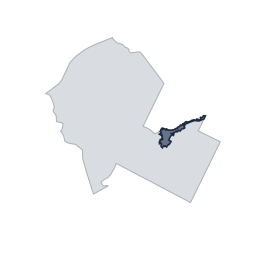 location of Las Cruces, Petén, Guatemala, rotated 116°
{"feature_id": "79465075B61221719902426", "entity_name": "Las Cruces", "entity_type": "district", "adm_level": 2, "iso_a3": "GTM", "parent_name": "Guatemala", "parent_adm1": "Petén", "projection": "natural_earth1", "projection_center": [-90.704, 16.86], "detail": "fine", "context": "in_parent", "style": "filled", "palette": "slate", "viewbox_px": 256, "rotation_deg": 116, "n_neighbors": 0, "source": "geoboundaries", "source_scale": "gbopen_adm2", "svg_char_len": 5398}
<svg xmlns="http://www.w3.org/2000/svg" viewBox="0 0 256 256"><g transform="rotate(116 128 128)"><path d="M53.5,181.7L54.5,180.6L55.3,178.0L56.3,175.4L55.7,172.3L55.3,169.8L56.5,166.2L56.4,163.5L56.9,161.8L58.6,160.7L59.5,158.7L54.7,151.5L54.7,149.9L55.4,147.9L59.3,140.3L63.9,131.2L69.1,121.2L72.2,115.2L83.4,115.2L90.8,115.2L100.3,115.2L110.5,115.2L117.3,115.2L120.0,115.1L119.6,111.2L119.9,106.9L121.2,103.0L121.2,101.2L119.1,99.1L115.3,97.9L113.1,96.0L113.1,93.6L112.1,90.8L110.3,87.4L106.3,83.9L100.4,80.4L95.4,75.7L91.2,69.7L87.7,65.9L85.0,64.3L84.3,63.5L92.3,63.6L99.8,63.6L99.8,55.1L99.9,47.5L99.9,39.0L113.5,39.0L129.8,39.0L146.6,39.1L159.8,39.1L167.6,39.1L167.3,49.7L166.9,61.9L166.6,70.9L166.2,83.0L165.9,95.3L165.3,112.1L165.0,122.9L165.2,123.1L169.6,122.6L176.1,123.1L177.7,123.1L179.7,124.0L181.3,124.3L184.6,126.7L188.5,128.6L191.0,124.8L189.7,122.6L188.7,121.5L188.9,120.5L202.5,130.1L200.9,131.6L197.4,135.0L191.2,140.9L185.6,146.2L180.2,151.0L175.3,155.3L174.7,155.7L168.6,158.7L167.5,160.2L166.2,166.2L165.6,167.7L166.7,171.1L167.9,176.3L167.5,179.0L163.3,182.4L161.3,185.4L160.4,187.4L159.7,186.9L158.3,186.7L155.3,187.5L153.8,187.6L152.6,188.5L152.5,190.4L153.3,193.4L153.6,195.0L152.7,195.7L149.0,197.5L147.5,199.3L146.1,202.2L144.4,203.3L142.7,203.1L141.5,203.5L138.9,205.6L134.9,209.7L132.8,212.7L132.8,215.0L133.2,217.0L118.9,209.8L114.1,208.6L94.0,208.8L85.4,205.9L75.6,200.5L69.0,195.6L53.5,181.7Z" fill="#d9dde1" stroke="#a8b0b8" stroke-width="1"/><path d="M86.7,63.7L83.1,63.7L83.3,64.4L83.4,64.7L83.5,65.1L83.8,65.4L84.2,65.7L84.4,65.7L85.1,65.7L85.5,65.7L85.7,65.8L86.0,66.2L86.3,66.3L86.6,66.9L86.6,67.1L86.5,67.5L86.8,67.7L87.0,67.6L87.2,66.9L87.3,66.7L87.5,66.7L88.0,66.8L88.3,66.8L88.9,66.9L89.2,66.8L89.3,66.9L89.4,67.1L89.7,67.3L89.8,67.5L89.7,67.9L89.5,68.2L89.4,68.5L89.5,69.5L89.6,69.9L89.7,70.1L90.1,70.2L90.9,70.2L91.1,70.5L91.4,71.1L91.6,71.9L91.6,72.3L91.8,72.4L91.9,72.6L92.3,73.0L92.9,73.9L93.6,74.4L93.9,74.5L94.3,74.3L94.6,74.4L94.8,74.4L95.0,74.6L95.0,74.9L95.0,75.4L95.0,75.5L95.5,75.9L95.7,76.0L95.8,76.2L96.0,76.7L96.1,76.8L96.5,77.0L96.8,77.5L97.1,77.9L97.1,78.1L96.8,78.3L96.8,78.6L97.1,78.9L97.3,79.0L98.0,79.2L99.3,79.7L99.6,79.9L99.7,80.0L99.8,80.2L99.9,80.5L100.0,80.6L100.2,80.4L100.2,80.2L100.0,79.4L100.0,79.2L100.2,78.9L100.5,78.9L100.8,79.0L101.0,79.1L101.1,79.3L101.2,79.5L101.1,79.9L100.7,80.1L100.5,80.3L100.5,80.5L101.2,80.5L101.8,80.7L102.0,80.8L102.0,81.0L102.0,81.4L102.0,81.5L102.2,81.9L102.3,82.3L102.5,82.4L103.3,82.3L103.8,82.2L104.1,82.3L104.7,82.8L104.8,83.4L105.0,83.5L105.5,83.5L106.6,83.4L106.8,83.4L106.9,83.5L106.9,83.8L106.8,84.0L106.8,84.3L107.7,84.8L108.1,84.9L108.4,85.0L108.5,85.1L108.5,85.4L108.7,85.6L109.7,86.3L110.1,86.5L110.3,86.9L110.3,87.2L110.3,87.5L111.2,88.2L111.5,89.4L111.6,89.6L111.9,90.0L112.2,90.3L112.2,90.5L112.0,90.9L112.1,91.2L112.2,91.6L112.3,92.0L112.3,92.3L112.2,92.5L111.9,92.5L111.8,92.9L111.9,93.0L112.1,93.1L112.4,93.1L112.6,93.0L112.7,92.9L112.8,92.8L112.8,92.5L112.7,92.3L112.8,92.3L113.0,92.5L113.3,93.1L112.9,93.4L112.7,93.6L112.6,93.8L112.6,94.3L112.5,94.5L112.7,94.8L112.7,95.0L112.6,95.7L112.7,95.8L112.9,95.9L113.1,95.8L113.5,95.6L113.9,95.7L114.0,95.8L114.1,96.2L114.1,96.4L114.1,96.6L113.9,96.8L113.7,96.9L113.4,97.0L113.2,96.9L113.1,97.0L113.0,97.3L113.2,97.5L113.4,97.5L113.5,97.5L113.7,97.4L113.8,97.1L114.0,97.0L114.5,96.9L114.5,97.0L114.5,97.3L114.5,97.6L114.7,97.8L114.9,97.8L115.1,97.7L115.5,97.6L115.7,97.4L116.4,97.3L116.7,97.2L116.9,97.1L117.1,97.2L117.3,97.4L117.4,97.2L117.3,96.5L117.4,96.2L117.7,95.8L118.0,95.8L118.0,95.6L118.1,95.8L118.2,96.0L118.3,96.2L118.5,96.2L118.6,95.8L118.9,95.3L119.2,95.4L119.3,95.5L119.5,96.3L119.5,96.6L119.4,96.9L119.5,97.0L119.9,97.2L120.0,97.2L119.9,96.6L119.8,96.2L119.9,95.6L120.1,95.0L120.2,94.7L119.9,94.5L119.7,94.7L119.4,94.6L119.3,94.4L119.4,94.2L120.1,93.8L120.3,93.8L120.5,93.9L120.6,94.0L120.9,93.8L121.0,93.6L121.0,93.3L121.1,93.1L121.4,93.1L121.9,93.1L122.0,93.1L122.4,93.0L122.5,93.1L122.8,93.2L122.5,92.1L123.2,92.1L123.5,92.0L123.8,92.1L123.9,92.4L123.9,92.6L123.6,92.7L123.4,93.0L123.4,93.3L123.5,93.3L123.8,93.1L124.0,93.1L125.0,94.1L125.2,93.9L125.2,93.7L125.3,93.4L125.5,93.3L126.1,93.5L126.5,93.6L126.9,93.8L127.1,93.7L127.1,93.2L127.4,93.4L127.5,93.4L127.7,93.0L127.7,92.8L127.8,92.8L127.7,92.7L127.8,92.7L127.7,92.5L127.6,92.4L127.8,92.3L127.7,92.2L127.8,92.2L127.7,92.1L127.7,91.9L127.7,91.7L127.7,91.4L127.7,91.1L127.8,91.2L128.0,91.0L128.1,90.9L128.3,90.8L128.5,90.8L128.6,90.7L129.1,90.7L129.4,90.6L129.5,90.6L129.8,90.5L130.4,89.5L130.5,89.2L130.5,88.7L130.7,88.3L128.6,88.3L128.5,87.1L127.9,87.1L127.9,86.3L128.1,86.3L128.1,85.6L128.2,84.9L127.6,84.9L126.3,84.8L126.2,84.7L125.9,84.5L125.3,84.5L125.2,84.2L124.7,83.8L124.7,83.7L124.4,83.6L124.2,83.7L124.0,83.9L122.6,83.7L122.6,83.4L121.1,83.4L121.1,86.1L117.8,86.1L114.7,85.8L114.8,85.7L114.9,83.9L114.2,83.9L114.2,84.2L113.8,84.2L113.9,84.6L113.8,86.4L113.5,85.9L113.4,85.8L113.3,85.7L112.9,85.0L113.0,84.9L112.8,84.7L112.7,84.9L112.6,85.1L112.2,84.9L112.2,84.5L111.4,84.0L109.6,83.4L109.5,83.2L110.1,82.3L109.8,82.2L109.5,81.7L107.9,81.7L108.0,79.8L105.3,79.2L104.5,78.1L104.2,77.7L103.7,77.3L103.4,77.2L103.2,77.1L103.1,77.3L102.9,77.3L102.8,77.5L102.7,77.5L102.8,77.7L102.7,77.8L102.6,78.0L102.3,78.1L102.2,78.2L102.0,78.3L99.3,78.0L96.0,75.2L92.2,71.6L90.7,67.4L90.1,66.8L86.7,63.7Z" fill="#64748b" stroke="#1e293b" stroke-width="1.5"/></g></svg>